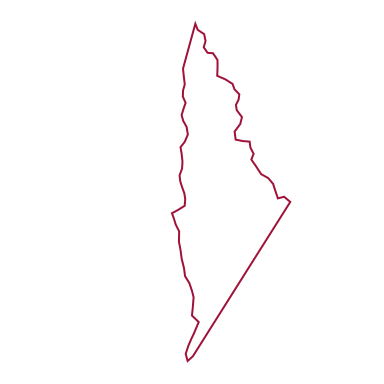 the district of Serra Grande, Paraíba, Brazil, rotated 145°
{"feature_id": "56859067B11352872450109", "entity_name": "Serra Grande", "entity_type": "district", "adm_level": 2, "iso_a3": "BRA", "parent_name": "Brazil", "parent_adm1": "Paraíba", "projection": "orthographic", "projection_center": [-38.383, -7.238], "detail": "fine", "context": "isolated", "style": "outline", "palette": "rose", "viewbox_px": 384, "rotation_deg": 145, "n_neighbors": 0, "source": "geoboundaries", "source_scale": "gbopen_adm2", "svg_char_len": 1103}
<svg xmlns="http://www.w3.org/2000/svg" viewBox="0 0 384 384"><g transform="rotate(145 192 192)"><path d="M92.8,327.9L128.6,298.2L132.3,291.6L136.2,284.3L141.1,280.3L144.8,275.4L146.1,268.7L151.4,264.9L156.4,260.9L158.4,255.3L159.1,248.4L162.4,241.5L169.1,237.3L175.7,235.3L178.6,229.2L182.4,222.3L186.7,216.9L192.7,212.7L195.5,207.5L197.3,201.7L199.0,195.4L201.6,190.1L205.9,184.9L214.6,185.4L220.6,186.1L222.0,180.8L224.0,174.7L225.1,167.1L231.2,158.8L234.7,151.0L238.8,143.1L242.2,134.3L246.0,126.9L246.4,119.0L248.8,110.8L251.1,104.8L258.3,96.1L262.9,90.8L261.1,81.6L271.6,75.0L276.4,72.3L283.1,68.2L290.0,63.0L292.5,56.1L285.6,56.9L186.7,98.4L117.2,127.5L119.3,135.3L125.3,137.5L123.0,145.4L120.9,152.1L121.6,159.7L125.1,166.9L124.8,176.7L124.8,184.5L119.6,188.0L118.7,194.8L115.9,200.2L121.3,204.7L126.2,209.9L122.4,217.1L113.5,220.0L108.1,224.7L108.4,233.4L106.0,238.2L100.9,240.9L97.2,244.9L98.3,251.7L96.8,257.3L100.0,265.0L104.7,272.7L99.4,279.7L95.4,285.5L95.2,293.6L99.4,297.1L99.4,303.8L94.3,307.9L91.5,314.3L94.3,321.5L92.8,327.9Z" fill="none" stroke="#9f1239" stroke-width="2"/></g></svg>